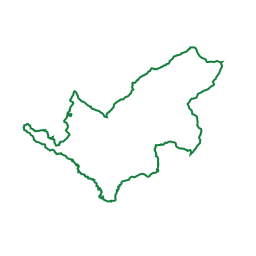 outline of Bolívar, Cauca, Colombia, rotated 261°
{"feature_id": "7082276B53672126014760", "entity_name": "Bolívar", "entity_type": "district", "adm_level": 2, "iso_a3": "COL", "parent_name": "Colombia", "parent_adm1": "Cauca", "projection": "albers", "projection_center": [-76.986, 1.874], "detail": "fine", "context": "isolated", "style": "outline", "palette": "green", "viewbox_px": 256, "rotation_deg": 261, "n_neighbors": 0, "source": "geoboundaries", "source_scale": "gbopen_adm2", "svg_char_len": 5786}
<svg xmlns="http://www.w3.org/2000/svg" viewBox="0 0 256 256"><g transform="rotate(261 128 128)"><path d="M172.7,80.9L171.2,79.7L169.6,79.4L167.6,77.5L166.3,76.8L164.6,75.2L163.7,75.3L162.1,77.7L160.7,77.8L157.5,74.3L155.9,73.9L155.4,73.1L154.1,73.3L153.6,72.8L152.7,70.9L152.2,70.7L151.4,70.6L151.2,71.0L150.7,72.2L150.8,73.6L150.4,74.2L149.9,73.8L149.0,73.7L148.8,72.7L149.6,71.9L150.4,70.2L149.8,69.8L148.0,69.3L145.2,66.1L144.8,66.0L143.8,66.2L143.4,67.2L142.5,68.3L140.4,68.7L139.7,69.2L138.9,68.7L137.7,68.5L136.6,67.7L136.3,67.0L135.1,66.3L131.3,69.1L130.3,69.2L129.0,67.4L127.6,66.5L127.3,65.7L125.0,62.4L124.7,61.6L125.0,59.3L124.1,58.2L123.6,58.3L123.4,57.9L122.5,57.7L122.1,57.4L122.4,57.0L121.9,56.2L121.8,54.2L125.7,53.0L127.8,53.5L129.3,51.8L129.9,52.2L130.3,52.1L130.9,52.4L130.8,52.0L129.2,51.1L129.6,50.8L129.7,50.1L130.0,50.0L130.0,49.3L130.4,49.3L130.4,48.8L131.3,47.7L132.0,47.8L132.8,48.2L133.1,47.9L134.3,48.0L135.2,47.6L136.0,47.9L136.9,47.4L137.5,46.6L138.8,46.1L138.6,45.4L138.8,45.1L138.4,44.8L139.3,44.1L139.1,43.3L139.4,41.7L139.1,39.6L139.4,37.8L139.3,35.7L140.8,34.9L140.9,34.4L141.5,34.1L143.0,31.8L145.6,31.8L146.1,31.4L146.4,30.5L147.3,30.1L147.7,29.4L147.7,28.8L147.1,28.0L146.8,25.8L145.3,25.6L144.8,25.0L144.0,25.3L142.5,25.1L142.2,25.8L141.4,26.2L141.1,27.3L139.5,27.9L138.4,30.2L136.2,31.0L135.2,32.5L132.8,33.4L131.3,33.1L130.4,34.0L129.3,34.6L128.4,36.0L127.9,37.6L125.4,40.8L124.8,43.3L123.8,43.5L122.1,43.3L119.6,45.6L119.1,46.6L117.9,47.4L118.4,50.1L118.3,50.5L116.7,51.9L115.5,52.0L114.6,53.0L113.4,53.2L113.3,54.3L113.7,55.9L113.0,57.2L113.5,57.6L113.5,58.0L112.5,58.6L111.6,59.6L110.3,62.0L109.7,62.4L108.5,62.7L107.1,64.3L106.3,65.6L105.7,67.8L105.3,68.4L105.0,68.5L104.9,67.9L104.6,67.6L103.8,67.8L103.7,68.5L102.4,69.7L100.9,70.3L99.8,72.3L99.1,72.9L98.8,71.7L97.5,73.3L96.7,72.8L95.7,71.8L95.1,71.9L93.6,72.8L92.7,72.0L92.1,71.9L91.8,73.5L91.3,74.2L90.4,74.3L90.0,74.6L88.7,77.7L88.2,77.6L87.9,78.1L87.5,78.0L86.3,78.7L86.2,79.5L86.4,80.2L86.2,80.7L85.6,80.5L84.3,80.8L84.1,81.6L84.3,82.6L82.9,84.0L83.1,85.2L82.1,85.6L81.9,86.6L81.2,86.2L79.7,86.6L79.3,86.9L78.8,88.0L78.2,88.3L75.6,87.8L75.4,89.0L73.6,89.2L73.5,90.1L73.0,90.6L72.6,89.2L72.0,89.0L71.1,91.5L70.6,91.7L69.8,91.6L68.9,92.1L67.8,91.1L67.1,91.1L66.2,90.6L65.8,90.0L65.9,89.6L65.5,89.1L64.0,89.0L63.6,90.0L62.8,90.7L64.2,91.9L64.4,92.4L63.0,92.7L62.0,92.3L60.8,93.1L58.7,96.5L58.4,97.6L58.7,99.4L58.1,100.0L58.7,100.4L58.3,102.6L58.4,103.8L58.7,104.3L59.6,104.7L61.5,104.5L62.2,104.9L63.7,104.9L64.9,106.1L67.0,107.2L67.5,107.9L67.8,107.9L68.1,107.2L68.4,107.3L68.7,107.5L68.8,108.4L69.2,109.2L69.9,109.4L70.9,109.0L71.6,109.1L71.7,110.6L73.2,110.9L73.2,111.9L74.0,112.9L75.2,113.0L76.1,114.0L76.8,121.0L78.1,121.7L79.2,123.6L79.2,124.9L78.4,126.1L78.5,127.5L79.3,129.1L79.5,130.3L80.2,132.2L80.6,133.9L80.1,136.4L78.2,138.5L76.8,139.6L76.9,141.4L77.3,142.1L77.7,142.2L78.7,143.0L78.7,143.8L79.4,144.9L79.8,146.5L79.4,147.4L79.6,148.5L80.5,149.7L80.5,151.0L81.5,151.3L81.8,151.1L82.0,150.2L82.5,150.0L83.4,151.1L85.8,151.8L86.4,151.7L86.8,152.2L87.9,151.9L88.4,152.4L91.0,152.4L92.5,153.0L94.9,152.5L95.8,151.2L97.1,151.9L98.3,151.5L99.0,151.8L100.9,151.3L101.5,150.8L102.5,151.3L103.3,151.2L104.0,151.9L104.6,151.9L104.8,152.3L106.7,152.8L106.3,154.1L106.2,154.8L106.5,155.4L106.2,157.0L106.7,158.0L106.1,158.6L106.2,159.1L105.9,159.8L106.7,161.5L107.4,161.7L107.7,162.2L107.7,162.7L107.1,164.0L108.1,166.0L108.0,168.0L107.2,169.2L106.7,170.5L106.8,171.2L105.7,172.6L104.8,172.8L102.8,172.6L101.3,173.7L99.9,175.4L98.8,179.9L97.6,181.3L97.4,182.4L96.5,182.7L96.0,183.2L96.5,185.0L96.4,186.2L93.9,186.5L92.4,185.8L94.4,188.8L96.4,190.4L97.0,191.6L99.7,193.7L101.7,196.6L104.9,197.6L106.7,196.8L107.8,196.8L109.9,198.3L110.5,199.0L111.5,199.0L112.2,199.5L114.0,200.1L115.7,200.0L116.9,198.0L119.8,196.8L122.7,197.7L128.5,197.8L130.4,195.9L131.8,193.6L134.1,193.8L135.3,193.6L137.9,191.6L140.5,191.3L141.7,190.7L142.4,190.6L144.3,192.9L145.5,193.7L146.9,195.2L146.8,197.9L147.2,199.9L147.8,200.7L150.8,202.5L151.9,206.7L152.7,207.8L153.7,213.0L156.4,217.1L156.5,218.2L157.1,219.5L157.9,219.8L160.4,219.1L162.1,220.8L162.5,222.1L164.9,223.5L167.8,226.6L170.7,228.1L173.6,230.3L175.1,230.7L176.1,230.1L177.0,230.0L177.8,230.2L178.4,231.0L178.4,229.9L179.0,228.3L179.7,227.4L180.3,226.2L179.6,223.4L180.5,220.8L180.7,216.6L181.2,216.0L183.5,215.5L184.2,214.6L185.7,211.9L188.1,209.8L192.5,208.1L194.7,207.9L196.5,207.1L197.3,205.8L197.9,202.1L196.5,201.4L196.2,200.9L196.3,200.0L194.4,198.0L193.5,193.3L193.6,192.8L192.5,191.8L192.1,188.8L192.3,188.1L191.8,187.3L191.9,186.4L191.5,185.8L191.4,184.3L189.7,183.3L187.6,179.5L186.6,179.5L185.2,178.1L185.2,176.1L184.1,175.3L184.2,173.4L183.2,171.6L183.1,170.2L182.4,169.1L182.0,166.6L181.5,165.8L181.7,164.7L182.1,164.1L181.9,163.2L182.4,162.8L183.3,160.8L182.0,159.3L181.0,158.9L180.6,158.0L180.7,157.2L178.3,154.7L178.3,153.4L177.4,151.9L177.6,151.1L177.1,150.5L176.4,148.2L174.8,146.3L174.3,145.3L173.9,145.3L173.9,144.7L171.6,142.1L171.5,141.3L172.1,140.0L171.9,139.6L171.1,139.1L169.2,139.4L168.6,138.7L167.2,138.4L165.1,139.2L164.1,137.4L161.7,136.3L161.2,135.1L160.2,134.3L159.2,132.6L158.9,130.3L157.9,128.9L157.2,128.2L156.9,126.9L157.4,125.9L157.0,124.4L156.4,124.1L156.5,123.6L154.3,119.0L152.8,117.7L151.2,117.2L150.0,116.2L149.9,115.6L148.3,114.3L147.8,113.0L147.0,112.3L146.9,111.7L146.4,111.3L146.1,110.1L145.5,109.9L144.5,108.8L142.9,108.7L142.0,108.9L142.7,107.0L143.2,106.5L145.4,105.7L146.8,104.7L147.6,103.4L148.4,103.0L149.6,101.5L150.3,99.7L151.7,97.7L152.3,96.1L153.2,95.0L154.9,94.7L155.0,93.6L155.8,93.1L157.1,91.3L158.8,90.2L160.4,88.7L161.2,87.6L161.5,86.3L162.9,85.6L163.4,84.9L165.5,83.6L166.6,83.4L167.7,83.5L168.6,83.0L171.5,82.3L172.7,80.9Z" fill="none" stroke="#15803d" stroke-width="2"/></g></svg>